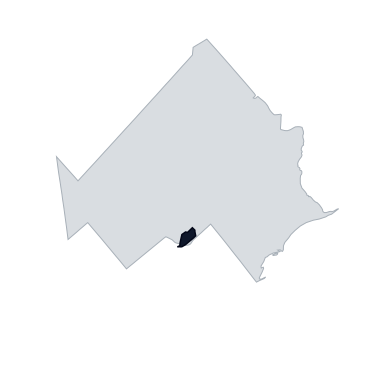 F'Derick, Tiris Zemmour, Mauritania shown in context, rotated 231°
{"feature_id": "47542326B14226246765401", "entity_name": "F'Derick", "entity_type": "district", "adm_level": 2, "iso_a3": "MRT", "parent_name": "Mauritania", "parent_adm1": "Tiris Zemmour", "projection": "albers", "projection_center": [-12.824, 22.739], "detail": "fine", "context": "in_parent", "style": "filled", "palette": "ink", "viewbox_px": 384, "rotation_deg": 231, "n_neighbors": 0, "source": "geoboundaries", "source_scale": "gbopen_adm2", "svg_char_len": 3581}
<svg xmlns="http://www.w3.org/2000/svg" viewBox="0 0 384 384"><g transform="rotate(231 192 192)"><path d="M169.6,316.9L169.2,316.8L167.1,315.3L166.1,313.6L164.4,312.4L162.2,311.5L160.7,310.5L160.0,309.4L159.1,308.7L158.3,308.3L158.2,307.9L158.4,307.4L158.2,306.4L156.9,304.1L155.6,303.1L154.6,303.2L154.0,303.0L153.6,302.5L153.5,301.7L152.7,301.1L151.5,300.8L150.5,299.2L149.7,296.1L148.8,293.7L147.6,292.0L146.7,291.4L146.1,291.2L145.8,291.0L145.7,290.5L144.7,290.3L143.4,290.8L142.2,290.6L141.6,289.8L140.8,289.7L139.8,290.4L138.7,290.2L137.4,289.1L136.7,288.0L136.6,286.9L134.5,284.7L130.4,281.5L125.9,279.9L121.0,280.1L118.2,279.9L117.6,279.3L117.0,279.4L116.4,280.0L115.8,280.1L115.1,279.7L114.6,280.0L114.5,280.8L112.7,281.2L109.5,281.2L106.8,281.6L104.8,282.6L101.9,282.9L98.2,282.7L96.0,282.3L95.2,281.7L94.2,281.5L92.8,281.8L91.5,283.4L90.4,286.3L89.5,287.9L88.7,288.3L87.9,290.4L87.4,294.0L86.7,295.5L86.9,286.6L88.1,283.3L88.5,280.3L90.9,273.9L93.7,268.6L96.3,261.6L97.4,254.8L97.3,248.1L96.7,242.1L95.5,238.1L94.4,232.4L92.7,229.3L89.6,226.6L88.9,225.0L89.6,224.5L91.6,224.1L92.9,222.1L90.3,222.9L93.5,216.6L94.5,212.4L94.4,209.5L95.0,207.8L92.8,204.0L91.1,199.2L90.2,198.4L89.3,198.0L89.1,199.1L88.6,200.1L87.5,199.5L85.6,196.0L83.0,190.3L82.0,189.7L81.2,190.4L80.6,191.1L79.6,195.8L79.3,193.9L79.8,191.8L80.6,189.1L81.4,185.4L83.8,185.4L88.1,185.5L96.7,185.7L101.0,185.8L109.6,186.0L113.9,186.0L122.5,186.1L126.8,186.2L135.3,186.3L139.6,186.3L148.2,186.3L152.5,186.3L155.3,186.3L155.2,183.7L155.0,181.6L154.9,178.7L154.7,175.9L154.5,173.0L154.4,170.4L154.2,167.7L154.1,165.3L153.9,163.0L153.7,161.7L152.8,159.1L152.6,157.8L152.8,156.5L153.4,155.2L155.1,152.9L157.6,151.1L160.5,149.0L162.7,147.4L163.8,147.0L167.3,146.5L170.0,145.3L172.6,144.1L173.7,143.4L173.8,141.2L173.5,92.7L186.4,92.6L189.7,92.5L213.3,92.2L216.7,92.1L233.8,91.7L233.8,89.4L233.7,86.1L233.6,81.6L233.4,77.1L233.2,69.2L233.1,65.8L236.5,67.9L243.4,72.2L246.9,74.3L253.8,78.5L260.7,82.7L267.7,86.8L271.1,88.9L274.6,91.0L278.1,93.0L281.6,95.1L288.7,99.2L291.6,100.9L296.2,103.7L300.4,106.3L304.7,108.9L298.3,109.2L289.8,109.6L284.0,109.9L278.0,110.2L272.4,110.4L273.1,115.0L273.8,119.9L274.6,124.9L275.3,129.9L276.0,134.8L278.3,149.7L279.0,154.7L279.8,159.7L280.5,164.6L281.3,169.6L282.8,179.5L283.5,184.5L284.3,189.5L285.0,194.4L285.8,199.4L286.6,204.4L288.1,214.3L288.9,219.2L289.6,224.2L290.4,229.2L291.2,234.1L292.0,239.1L292.7,244.0L293.5,249.0L295.1,258.9L295.9,263.8L296.6,268.7L297.4,273.7L298.2,278.5L300.6,280.9L303.7,283.9L303.1,288.4L302.3,293.8L301.5,299.7L293.4,300.1L285.5,300.5L265.6,301.3L261.6,301.4L241.7,302.1L237.8,302.2L230.1,302.4L227.8,302.3L227.0,301.9L226.6,298.8L225.9,299.1L225.1,300.0L224.8,300.9L224.9,302.2L224.8,303.3L222.3,303.7L218.8,304.5L215.2,305.1L211.5,305.0L210.3,304.8L208.9,304.4L206.0,304.0L204.4,304.0L202.6,304.1L200.5,304.4L199.8,305.0L198.2,307.3L196.6,309.9L195.6,309.9L194.4,308.5L191.2,305.8L187.4,302.3L185.6,300.6L184.7,300.3L182.9,301.6L181.3,302.8L179.7,304.6L179.0,306.2L178.4,308.2L178.1,310.5L177.6,313.2L176.2,315.3L174.7,317.0L173.5,317.8L173.0,318.2L169.6,316.9ZM91.7,218.2L90.5,220.1L89.9,219.4L89.8,218.1L90.9,216.3L91.4,215.3L92.4,215.0L91.7,218.2Z" fill="#d9dde1" stroke="#a8b0b8" stroke-width="1"/><path d="M155.6,167.3L159.2,169.2L160.6,170.2L164.0,169.8L163.4,163.1L165.0,161.8L165.1,160.1L165.3,157.4L164.6,156.5L160.1,150.9L157.9,148.7L158.6,146.1L157.2,148.0L156.3,148.9L155.8,149.9L155.4,152.3L155.2,153.8L155.3,158.1L155.3,161.1L155.4,164.6L155.6,166.4L155.6,167.3Z" fill="#0f172a" stroke="#020617" stroke-width="1.5"/></g></svg>